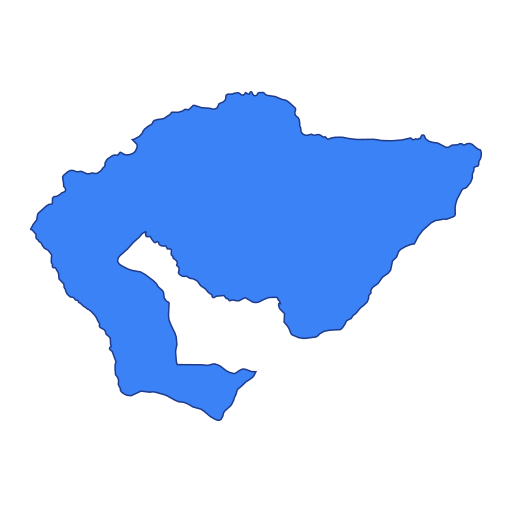 the district of Colon, Nariño, Colombia
{"feature_id": "7082276B55719342922597", "entity_name": "Colon", "entity_type": "district", "adm_level": 2, "iso_a3": "COL", "parent_name": "Colombia", "parent_adm1": "Nariño", "projection": "albers", "projection_center": [-77.053, 1.629], "detail": "fine", "context": "isolated", "style": "filled", "palette": "blue", "viewbox_px": 512, "rotation_deg": 0, "n_neighbors": 0, "source": "geoboundaries", "source_scale": "gbopen_adm2", "svg_char_len": 6016}
<svg xmlns="http://www.w3.org/2000/svg" viewBox="0 0 512 512"><path d="M367.1,302.1L368.6,298.5L368.7,295.5L371.0,292.9L370.8,290.7L371.6,288.8L373.0,287.1L378.0,283.5L382.5,277.2L388.4,273.0L390.6,270.1L392.5,261.0L396.6,257.0L398.4,252.0L399.8,250.2L401.0,249.1L405.8,246.4L411.4,244.3L414.3,243.9L418.5,235.9L422.9,230.2L431.2,222.8L435.6,220.5L440.9,219.7L443.4,219.0L446.0,219.3L447.6,218.9L453.1,216.8L454.4,216.1L455.3,214.4L455.1,207.6L455.7,203.7L457.0,199.4L462.1,189.7L463.0,188.9L465.4,188.1L467.0,187.0L470.6,182.3L472.3,178.1L472.4,173.6L473.7,171.0L474.0,167.7L475.0,166.8L477.9,166.1L478.7,164.5L478.9,161.4L480.6,158.4L481.2,155.9L481.3,152.7L480.5,150.0L478.6,149.4L476.5,148.1L472.4,144.5L470.4,143.6L469.4,143.5L466.9,143.7L465.3,144.6L464.0,145.0L463.4,144.9L461.8,143.8L459.9,143.7L457.5,144.8L452.1,145.1L448.5,147.2L446.1,147.4L437.9,143.1L432.4,142.3L428.8,141.2L425.6,138.8L424.3,135.6L423.2,135.0L422.0,135.1L421.5,135.6L420.3,138.5L419.1,138.5L417.6,139.3L415.7,138.8L413.7,139.7L412.5,139.7L411.4,138.3L410.4,138.0L401.8,140.0L391.6,140.8L380.9,140.5L377.8,139.8L373.1,139.3L357.2,139.5L348.5,138.5L343.4,137.4L341.2,137.2L335.1,137.3L330.8,138.1L328.7,139.1L328.0,139.1L327.0,138.7L325.4,136.9L323.0,137.0L321.2,135.6L319.1,134.6L317.3,134.6L314.2,135.4L311.4,134.2L308.1,135.1L305.7,135.3L303.2,134.3L301.9,133.0L301.0,131.4L300.7,127.9L299.6,125.5L299.8,123.6L299.3,120.1L298.4,118.0L295.6,115.5L294.9,113.9L294.9,112.0L295.6,110.2L295.4,108.2L289.0,102.3L286.0,100.3L281.7,99.3L275.4,96.6L266.9,95.3L265.6,94.6L264.3,93.2L263.1,92.5L259.0,92.6L257.8,93.3L256.9,95.1L256.0,95.6L254.7,95.7L254.0,95.5L252.8,94.4L251.9,92.3L251.0,91.7L250.2,92.1L249.3,93.9L248.9,94.2L247.7,93.9L245.7,92.6L245.4,92.7L244.5,94.3L243.1,95.1L241.5,94.9L239.4,93.3L238.0,92.7L234.4,93.2L232.5,94.0L227.7,94.2L226.4,94.9L226.0,95.5L225.7,98.7L225.0,100.3L223.3,101.9L219.1,103.7L217.2,107.7L215.3,108.9L213.0,109.1L209.4,108.2L201.6,107.7L194.7,105.4L193.2,105.4L189.9,108.7L188.4,109.8L185.1,109.3L182.3,111.1L178.3,112.3L172.0,112.2L171.2,112.7L170.8,113.8L169.5,114.8L163.5,118.7L157.7,119.5L154.2,120.5L153.3,121.3L152.3,123.4L151.5,124.4L148.1,126.3L144.6,129.1L143.0,131.2L142.2,133.3L139.3,136.4L134.0,139.3L132.3,139.6L137.0,144.4L137.2,146.5L136.9,147.9L135.2,151.5L133.0,153.3L129.3,154.7L125.8,154.9L123.7,154.1L120.6,152.3L119.8,152.5L118.7,154.2L117.5,155.2L114.3,155.0L112.3,155.8L107.7,158.8L106.6,160.0L105.0,163.1L105.0,165.7L104.5,166.6L102.7,168.2L101.1,170.6L97.3,173.3L95.2,173.5L91.8,172.9L89.8,173.7L87.0,173.8L81.3,171.3L76.7,171.8L73.6,170.6L71.3,170.3L69.5,170.8L67.6,171.9L63.6,175.3L62.8,176.5L62.6,177.3L63.5,183.0L63.7,186.4L65.2,188.1L65.6,189.7L65.3,191.0L64.4,191.8L61.5,193.0L60.1,194.4L56.7,196.4L54.0,196.6L52.5,198.2L52.4,202.9L52.0,203.9L51.7,204.2L49.1,204.3L46.4,205.9L38.3,213.2L37.6,214.4L36.7,219.9L33.2,224.4L30.7,229.1L30.8,229.5L32.2,229.9L36.1,234.5L35.9,236.9L36.3,238.5L38.2,240.1L38.9,241.3L41.5,243.3L42.1,245.1L44.4,248.2L48.2,250.3L51.3,254.4L51.8,255.8L51.4,257.2L51.3,261.8L51.4,262.7L52.6,264.5L52.3,265.7L52.5,266.9L53.2,267.7L55.3,267.7L56.3,268.9L56.4,269.9L57.7,271.5L58.6,273.9L59.0,278.9L63.8,284.0L64.2,287.6L65.5,289.6L65.6,290.8L67.1,294.0L70.2,296.9L73.3,297.4L74.5,298.5L75.3,299.9L77.9,300.5L78.7,302.4L80.5,303.3L83.9,306.5L85.7,307.4L87.0,308.8L88.9,309.6L91.1,311.4L94.8,315.3L96.8,318.4L97.7,320.7L99.3,323.2L99.6,324.6L99.3,326.1L100.2,327.5L104.2,329.7L105.3,331.3L106.2,334.3L108.7,336.3L110.3,338.4L110.6,344.4L111.3,346.3L111.0,346.8L109.9,347.3L109.5,348.4L109.9,349.5L112.2,351.5L116.0,361.7L115.1,364.7L115.1,369.3L115.5,374.7L117.1,376.6L118.2,378.8L118.6,380.3L118.3,384.3L119.6,387.3L120.4,388.4L120.4,390.4L121.5,391.9L122.7,393.0L125.4,394.6L127.3,395.3L131.2,395.7L141.0,391.1L149.7,392.2L152.9,391.8L155.5,392.2L164.0,394.6L166.9,395.7L175.2,400.3L178.8,401.8L183.1,402.2L185.2,402.8L188.0,404.0L193.1,407.0L200.8,409.1L204.0,411.2L210.4,416.6L214.7,419.1L217.7,420.3L219.7,420.2L221.1,419.3L222.7,416.4L223.6,412.9L224.7,411.1L230.7,405.7L231.8,404.0L233.8,400.0L234.2,398.1L236.2,393.8L237.0,390.5L237.7,389.3L242.2,385.5L245.8,381.9L249.8,379.4L252.6,377.3L253.9,375.7L255.9,371.7L251.7,371.6L245.8,369.4L243.7,369.0L242.0,369.2L239.2,370.6L235.7,373.1L234.0,373.6L229.8,372.5L226.2,370.7L220.8,366.5L218.8,365.3L214.7,363.9L213.0,364.0L207.9,365.4L202.0,364.8L177.1,364.6L176.3,361.0L175.6,351.9L175.8,349.6L176.9,344.7L176.2,337.0L174.9,333.0L171.4,325.9L169.0,320.0L168.5,315.2L169.1,303.1L168.5,302.2L167.0,301.5L165.8,300.3L164.2,297.8L163.5,292.4L163.0,291.4L162.0,290.1L158.3,286.9L156.4,283.7L153.5,280.8L145.3,274.6L140.5,271.9L132.1,270.4L127.6,268.9L121.6,265.7L119.3,264.1L117.8,261.9L117.7,260.5L118.1,258.2L119.7,255.9L127.4,249.1L133.4,242.4L139.4,237.0L142.5,233.3L145.7,231.7L145.9,232.4L145.5,233.9L145.9,235.9L147.3,236.8L149.5,236.5L150.5,237.0L151.8,239.3L154.3,242.4L155.2,242.7L157.0,241.6L157.6,241.6L158.2,241.9L159.3,244.6L160.9,245.6L163.0,246.1L165.8,245.9L167.4,248.9L170.6,249.0L171.4,250.0L171.2,254.7L172.7,256.3L173.3,258.3L175.8,260.0L177.2,262.0L177.3,263.0L176.6,265.3L178.5,267.1L179.0,268.0L179.0,270.4L178.4,272.4L179.1,274.1L181.8,276.0L184.0,276.5L186.5,276.2L189.8,278.3L193.1,278.8L196.5,280.5L197.4,281.2L200.7,285.7L205.4,288.9L208.4,292.5L211.7,294.7L212.3,296.9L213.1,297.6L213.9,297.6L216.4,296.2L224.0,295.5L226.2,298.5L227.6,298.6L229.5,300.7L230.1,300.7L232.7,299.9L236.0,300.7L238.9,300.8L244.4,298.0L245.5,297.8L252.7,302.1L255.9,302.6L258.9,302.0L263.8,299.5L267.9,297.8L270.6,297.4L276.0,297.3L277.3,297.6L278.3,300.0L279.4,300.9L280.4,303.6L279.1,303.3L278.6,303.9L278.6,305.1L279.2,307.5L279.9,308.9L284.5,313.7L284.1,322.1L287.5,326.1L289.0,328.6L291.0,333.6L292.2,334.9L298.7,337.6L303.2,338.4L305.8,338.3L315.9,337.0L317.9,335.8L319.6,333.9L324.1,331.3L329.6,330.2L340.4,329.6L342.5,327.8L345.2,323.7L346.3,321.1L347.2,320.4L351.1,318.5L353.3,315.2L355.7,313.6L360.6,307.7L363.2,305.8L367.1,302.1Z" fill="#3b82f6" stroke="#1e3a8a" stroke-width="1.5"/></svg>